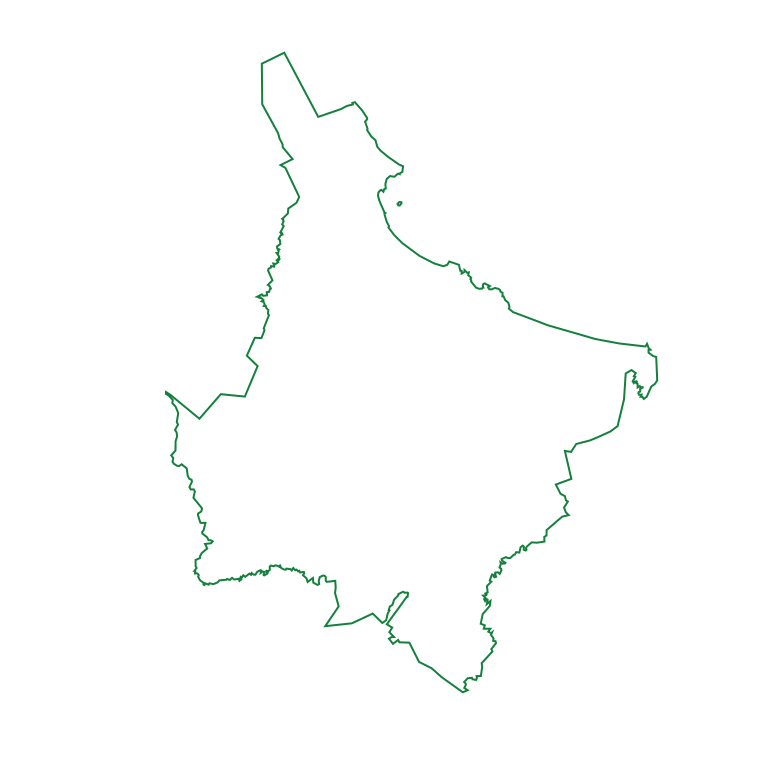 outline of Compostela, Nayarit, Mexico, rotated 115°
{"feature_id": "50627088B82523169832508", "entity_name": "Compostela", "entity_type": "district", "adm_level": 2, "iso_a3": "MEX", "parent_name": "Mexico", "parent_adm1": "Nayarit", "projection": "albers", "projection_center": [-105.087, 21.114], "detail": "fine", "context": "isolated", "style": "outline", "palette": "green", "viewbox_px": 768, "rotation_deg": 115, "n_neighbors": 0, "source": "geoboundaries", "source_scale": "gbopen_adm2", "svg_char_len": 6167}
<svg xmlns="http://www.w3.org/2000/svg" viewBox="0 0 768 768"><g transform="rotate(115 384 384)"><path d="M633.2,476.8L632.8,476.2L635.6,475.3L634.7,473.9L634.9,472.1L635.6,471.1L637.2,471.0L639.7,467.7L640.4,463.6L642.1,462.8L642.1,461.8L640.2,461.7L640.0,458.2L638.4,458.0L637.4,453.9L633.9,450.8L631.6,450.3L628.0,444.1L627.0,443.8L626.8,440.9L623.9,439.8L624.5,437.1L622.0,433.4L623.5,431.8L621.5,430.8L620.8,432.2L619.3,432.3L619.4,431.0L616.8,430.7L617.4,428.3L612.7,425.8L613.1,423.9L611.3,424.1L611.9,421.6L611.2,420.0L607.8,419.5L605.0,417.4L604.9,416.5L607.3,415.9L605.2,414.8L604.9,413.2L608.0,412.4L608.1,411.7L605.0,409.5L604.0,409.7L604.7,410.7L603.5,411.7L602.8,411.5L602.5,409.9L600.8,408.9L597.8,410.4L596.5,410.0L595.7,406.8L594.2,405.8L593.5,401.9L592.4,401.5L593.2,400.6L594.0,401.0L594.4,396.0L593.7,394.5L592.6,394.5L591.3,390.4L592.0,388.8L589.1,388.4L590.3,385.7L589.2,384.8L590.1,382.6L589.1,381.9L590.3,380.4L588.2,377.2L589.2,376.3L591.5,376.6L592.9,372.1L595.7,369.5L589.9,366.5L593.9,364.1L594.2,359.4L592.6,358.2L590.2,359.9L586.1,360.6L583.4,358.4L582.9,356.8L583.6,355.1L586.9,353.7L587.5,352.2L583.0,345.0L589.0,341.7L594.2,340.0L604.7,331.1L628.3,334.9L614.5,312.0L596.8,297.2L601.3,284.5L597.2,282.2L590.6,283.6L587.0,283.4L587.1,284.1L583.1,284.7L580.6,283.0L575.2,283.7L569.3,281.7L568.3,282.2L564.2,278.9L564.4,277.0L563.1,274.5L563.3,273.8L567.0,272.7L567.4,273.5L583.9,276.6L584.0,277.4L584.2,276.7L600.6,279.9L601.3,273.6L606.6,274.3L609.1,268.1L610.2,270.2L612.7,271.9L615.7,266.1L610.0,263.0L611.6,260.9L607.7,251.7L621.1,234.7L621.5,220.7L625.3,207.9L630.1,182.3L626.2,178.8L625.5,182.8L622.3,182.6L621.0,183.4L620.3,185.4L615.3,183.8L613.1,180.2L614.2,179.0L613.3,175.5L610.7,175.6L609.6,176.6L607.7,172.8L599.0,175.4L595.7,177.5L580.6,172.7L578.9,174.7L571.6,173.0L570.0,174.2L570.6,176.5L568.3,177.2L566.2,181.0L563.4,181.1L564.5,181.7L564.4,184.8L560.9,184.2L563.6,190.1L560.1,190.7L560.4,195.0L550.9,197.3L540.4,194.3L535.7,195.8L540.0,197.8L535.8,198.8L535.5,200.3L538.0,200.6L536.6,202.4L534.7,202.2L533.8,204.7L532.2,202.1L531.3,202.1L530.9,203.5L529.0,202.0L523.7,205.3L517.7,203.2L517.5,205.1L510.9,205.6L510.7,203.3L512.0,203.2L512.5,202.2L511.3,200.9L508.5,203.5L507.7,203.3L506.5,200.9L507.2,198.9L503.4,198.8L502.0,199.7L501.6,201.7L497.6,202.1L496.4,203.0L496.8,200.8L495.6,198.6L494.7,198.4L494.2,202.5L492.9,203.4L489.4,200.3L489.3,197.8L488.2,195.9L484.0,194.3L483.3,193.3L480.5,193.1L479.6,190.1L474.1,191.2L471.8,189.9L472.3,188.5L475.2,187.3L475.1,185.3L473.9,184.8L472.6,186.1L470.6,185.7L465.1,183.2L463.2,178.3L459.0,172.0L454.9,174.1L452.6,172.7L447.7,174.9L428.8,166.4L424.8,161.2L423.4,165.0L419.9,168.6L412.8,167.7L412.5,170.0L409.2,172.6L408.9,177.6L402.5,185.8L390.8,174.1L368.2,191.8L366.5,185.8L357.1,184.4L348.2,173.6L342.7,168.5L331.4,158.8L323.5,154.5L296.4,160.0L272.3,169.4L266.8,165.6L267.7,160.5L271.4,160.8L271.3,159.3L276.5,159.8L277.6,158.0L275.9,157.8L274.8,156.2L275.2,155.6L276.5,156.2L276.8,154.1L279.9,152.7L277.8,151.3L278.6,150.4L277.2,147.6L280.2,149.8L282.5,148.6L283.8,149.8L285.0,149.5L286.0,148.3L284.8,146.1L287.2,146.1L286.4,144.4L287.8,142.3L284.6,140.5L273.4,140.7L269.4,138.5L265.3,137.9L244.5,148.7L244.9,152.0L243.8,157.4L241.6,158.6L240.3,157.0L239.8,159.1L236.4,162.6L239.5,162.9L247.8,187.8L253.9,211.4L261.5,260.1L264.3,297.5L262.9,302.7L261.0,302.9L257.7,305.8L256.9,309.4L254.0,312.7L254.5,313.7L251.2,315.1L251.0,317.5L249.8,318.6L249.4,320.6L250.1,324.1L252.7,326.4L253.7,328.5L252.4,330.6L250.5,329.4L250.3,335.4L251.3,336.2L253.0,336.1L254.5,334.8L254.7,335.4L256.0,335.3L257.5,338.0L257.8,341.1L254.4,348.3L253.1,348.7L252.5,350.0L250.8,349.9L249.8,353.7L247.0,354.3L248.0,355.6L246.8,359.1L248.2,358.4L251.1,360.3L248.6,361.5L249.1,362.7L244.3,366.5L245.4,376.6L249.2,377.0L252.2,380.0L253.5,389.5L252.9,405.8L248.6,426.9L244.8,437.5L240.2,446.2L238.7,446.3L236.0,449.9L230.2,455.1L229.2,455.7L228.4,455.1L228.2,456.2L220.4,465.1L215.8,469.1L212.7,470.0L210.3,469.3L209.1,468.3L210.0,465.8L207.2,466.1L206.1,465.0L202.1,467.3L197.0,468.2L193.0,466.4L191.8,462.2L187.4,460.2L187.2,458.3L186.1,458.5L184.1,457.0L178.6,458.7L178.7,463.3L176.4,476.4L174.0,485.7L171.8,490.4L166.6,494.8L165.0,500.3L161.0,506.6L159.7,506.7L154.2,512.0L151.3,511.2L150.1,511.6L145.2,519.6L140.9,529.5L142.6,531.5L143.9,530.4L147.6,535.1L153.0,539.2L169.7,556.5L125.9,614.4L145.3,630.1L181.9,612.6L201.6,585.8L205.7,582.4L209.7,577.1L212.1,576.0L218.8,561.9L229.3,570.3L229.8,564.7L250.3,539.9L256.8,539.9L265.4,544.9L270.1,543.2L276.5,545.6L277.5,544.9L277.7,545.6L279.0,543.7L282.3,543.8L283.2,541.6L290.5,542.0L290.9,541.0L290.2,540.7L291.4,539.1L293.0,540.5L297.0,540.9L297.6,539.2L300.9,537.1L304.5,539.1L306.2,538.1L306.3,536.0L307.3,536.7L308.0,535.6L310.1,535.3L310.7,536.6L312.9,532.7L314.0,532.7L314.8,531.5L316.4,531.8L316.0,533.1L317.2,533.6L318.3,531.4L319.4,531.9L320.9,532.9L321.6,535.2L323.3,533.2L324.1,533.2L324.8,536.2L326.2,535.7L328.3,537.3L330.2,537.0L337.2,528.9L343.3,531.1L343.8,528.6L345.3,526.9L345.7,527.5L349.1,527.1L350.3,529.1L353.1,527.5L355.1,530.7L354.4,532.6L358.5,535.8L357.8,532.9L358.4,533.0L358.0,531.3L358.8,528.8L360.8,529.8L360.5,527.7L362.4,525.7L364.0,525.9L363.3,524.0L364.7,523.0L365.9,520.0L369.3,518.9L370.2,517.4L384.4,516.5L385.9,515.0L394.2,514.5L396.7,520.6L416.3,520.3L421.2,506.1L454.2,504.8L462.2,527.6L493.5,536.6L484.1,572.9L483.4,578.2L485.1,577.5L485.5,574.2L487.8,568.6L490.7,567.9L492.6,563.3L497.3,558.2L506.1,555.7L507.8,553.5L514.0,554.0L515.6,551.4L519.2,549.3L523.9,548.7L532.5,544.8L538.6,546.7L540.2,543.7L543.9,542.8L545.1,540.7L545.6,537.0L544.9,535.0L542.3,533.5L543.8,527.2L550.1,523.1L552.2,520.4L552.1,518.0L553.6,516.8L559.6,516.8L561.2,514.6L559.9,511.9L561.3,510.0L567.7,508.6L573.6,496.4L576.7,495.7L579.9,497.7L581.5,497.2L587.4,491.7L585.3,487.1L592.8,485.7L594.9,486.3L596.3,485.4L597.7,479.5L599.7,477.0L598.8,474.9L599.0,472.8L601.4,473.4L604.6,478.6L607.8,474.7L614.2,477.7L617.6,478.0L619.5,477.2L623.1,480.4L628.8,477.7L629.9,476.1L633.2,476.8ZM212.9,444.5L211.9,445.1L212.6,447.0L215.1,447.9L216.1,446.5L215.6,445.2L212.9,444.5Z" fill="none" stroke="#15803d" stroke-width="2"/></g></svg>